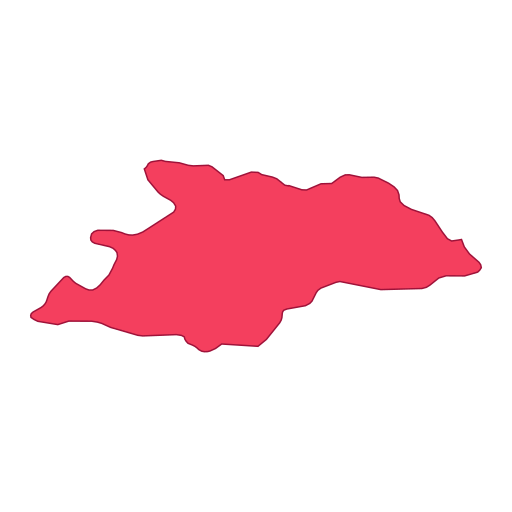 the County of Maramures
{"feature_id": "ROU-298", "entity_name": "Maramures", "entity_type": "County", "adm_level": 1, "iso_a3": "ROU", "parent_name": "Romania", "parent_adm1": "", "projection": "robinson", "projection_center": [23.844, 47.655], "detail": "fine", "context": "isolated", "style": "filled", "palette": "rose", "viewbox_px": 512, "rotation_deg": 0, "n_neighbors": 0, "source": "natural_earth", "source_scale": "10m", "svg_char_len": 2089}
<svg xmlns="http://www.w3.org/2000/svg" viewBox="0 0 512 512"><path d="M161.3,160.3L165.3,161.4L179.3,162.8L188.2,165.3L193.3,165.9L208.4,165.3L212.0,166.8L223.2,175.6L224.7,179.8L229.4,179.8L251.3,172.1L258.1,172.4L261.7,174.6L272.5,177.1L276.8,178.8L284.8,185.2L288.6,185.9L288.9,185.6L301.8,189.8L306.5,190.0L321.0,183.8L331.7,183.5L340.2,177.2L345.2,174.9L349.4,174.8L361.8,177.4L374.1,177.2L378.4,178.1L380.1,179.0L388.6,183.2L394.1,186.9L397.5,190.5L399.0,194.8L399.2,198.4L400.2,201.8L404.0,205.5L411.4,209.4L429.0,215.3L432.2,217.6L434.9,220.8L442.3,232.0L447.4,238.7L451.6,241.0L458.6,240.0L461.5,239.5L464.3,246.9L469.5,254.0L479.0,262.3L480.7,264.8L481.3,267.7L479.6,270.3L477.7,272.1L464.7,275.9L446.1,275.8L438.8,278.0L429.8,285.2L426.4,287.3L421.9,288.5L380.8,289.6L339.9,281.5L336.0,282.3L320.9,288.1L317.9,290.3L316.2,292.7L312.0,301.1L309.8,303.4L305.4,305.7L286.9,309.0L283.8,310.2L282.7,311.7L282.3,313.3L281.9,317.6L281.2,320.1L279.7,322.8L266.4,339.4L258.0,346.3L221.7,344.0L215.5,348.5L210.0,351.0L207.6,351.6L204.4,351.7L201.7,351.2L198.8,349.6L197.0,347.9L195.0,346.4L192.5,345.1L188.0,343.3L186.1,341.2L184.8,339.0L184.3,336.9L181.5,335.4L176.3,334.6L142.8,335.9L137.8,335.3L110.6,327.4L101.8,323.4L97.4,322.1L91.6,321.2L68.8,321.1L57.8,324.6L37.8,321.3L34.1,319.5L31.0,317.4L30.7,315.4L31.3,313.6L33.1,312.0L41.1,307.5L43.2,305.9L44.9,304.0L46.1,302.1L47.0,299.7L47.9,296.9L49.1,293.9L50.9,291.3L63.8,277.5L65.9,276.4L67.8,276.4L69.6,277.4L73.3,281.3L75.7,283.3L85.6,288.8L89.0,290.0L92.7,290.0L96.7,288.0L100.2,284.8L104.1,280.0L108.9,275.1L112.6,268.2L114.0,264.7L116.7,259.5L117.5,256.2L117.0,252.6L115.4,250.4L113.1,248.3L109.6,246.7L94.8,243.3L92.3,241.9L90.9,240.1L90.6,237.7L91.6,233.9L94.1,231.6L97.7,230.3L113.2,230.4L121.6,232.6L125.1,234.0L128.7,234.9L132.5,235.1L137.5,234.2L142.8,232.0L173.7,212.1L175.5,209.1L175.7,206.1L173.6,202.7L170.7,200.3L163.4,196.3L160.4,194.2L158.2,192.2L147.9,179.8L144.3,168.9L145.0,168.4L146.3,167.2L147.4,165.6L148.3,163.8L150.6,162.1L153.1,161.5L161.3,160.3Z" fill="#f43f5e" stroke="#9f1239" stroke-width="1.5"/></svg>